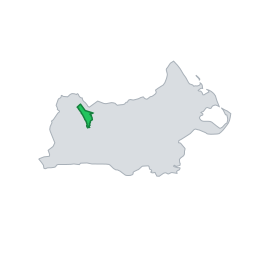 Murgap, Mary, Turkmenistan shown in context, rotated 144°
{"feature_id": "10190150B75003432350729", "entity_name": "Murgap", "entity_type": "district", "adm_level": 2, "iso_a3": "TKM", "parent_name": "Turkmenistan", "parent_adm1": "Mary", "projection": "equal_earth", "projection_center": [61.783, 36.895], "detail": "fine", "context": "in_parent", "style": "filled", "palette": "green", "viewbox_px": 256, "rotation_deg": 144, "n_neighbors": 0, "source": "geoboundaries", "source_scale": "gbopen_adm2", "svg_char_len": 4599}
<svg xmlns="http://www.w3.org/2000/svg" viewBox="0 0 256 256"><g transform="rotate(144 128 128)"><path d="M80.9,86.9L91.2,87.5L94.3,87.9L95.7,86.5L95.6,86.1L95.1,85.8L94.4,84.8L93.9,77.9L94.8,76.9L95.8,76.2L97.4,74.1L98.2,73.4L99.4,72.9L103.3,72.8L104.9,72.3L106.4,69.9L106.7,68.5L107.8,67.3L108.4,67.4L111.0,68.3L111.6,68.8L112.4,70.6L113.4,70.5L113.6,70.2L113.5,69.8L112.7,68.7L111.1,66.7L109.5,65.4L109.4,65.0L110.8,64.0L113.5,64.4L114.3,64.1L115.0,62.5L118.6,66.1L119.3,66.5L122.2,67.0L122.7,67.4L123.7,69.5L124.7,70.1L125.9,70.5L131.1,70.6L132.8,72.0L133.0,72.3L132.7,73.3L132.6,75.2L132.2,76.0L132.4,76.3L134.3,77.1L135.4,78.3L135.5,78.8L135.1,79.2L134.3,79.0L133.9,79.6L133.8,80.6L134.5,81.5L134.6,82.3L133.7,84.3L133.7,85.2L134.0,85.6L138.7,88.6L139.4,88.7L144.0,88.2L144.8,88.5L148.8,89.2L149.9,89.1L150.7,88.1L151.4,87.7L152.1,87.7L154.0,88.3L156.0,89.6L157.4,90.8L158.0,91.9L159.8,97.8L161.1,100.2L162.5,101.4L163.5,103.7L164.4,108.8L164.9,109.8L167.1,111.8L178.3,120.1L181.7,123.8L187.0,127.4L188.9,127.0L193.0,130.8L195.6,132.2L199.0,134.5L206.2,139.7L207.7,139.9L209.4,139.2L210.9,139.6L213.5,141.0L216.4,143.0L218.9,143.7L219.6,144.6L219.6,145.0L218.3,147.6L218.2,150.8L218.4,155.2L217.8,155.3L212.9,154.0L208.4,151.4L207.3,152.2L206.8,153.1L205.7,156.9L199.5,157.1L195.9,159.0L192.8,171.3L192.1,172.9L190.1,174.9L186.5,176.9L186.0,177.7L185.9,178.4L185.5,178.6L183.5,178.6L176.0,181.3L174.4,181.3L173.8,181.6L173.5,182.0L174.3,184.5L173.6,185.2L173.2,186.5L172.8,188.6L167.9,192.0L166.9,192.4L164.9,192.1L163.9,192.4L162.8,193.5L162.3,193.2L162.1,192.1L161.6,191.4L158.5,188.7L155.0,189.1L153.6,188.9L152.6,188.4L151.0,186.9L150.0,185.4L148.9,185.6L148.5,184.9L148.5,184.0L148.8,183.1L148.7,181.2L148.1,179.8L147.4,179.3L148.2,177.1L148.2,175.5L147.7,173.7L147.5,171.2L147.7,168.8L147.0,167.6L136.7,167.6L133.0,161.9L131.5,160.6L126.4,158.2L125.0,156.9L123.9,155.5L123.6,153.5L123.0,152.4L122.2,152.2L118.3,149.9L116.7,149.4L114.5,149.9L113.2,149.3L111.6,150.1L111.0,150.2L109.4,149.7L107.4,147.6L105.7,146.8L102.2,145.5L99.7,145.1L97.5,144.3L97.3,144.0L97.2,142.3L96.9,141.6L96.3,140.7L95.5,140.1L91.7,140.2L90.0,139.5L88.6,139.4L85.6,139.5L84.6,140.0L84.0,140.5L83.6,142.2L83.3,142.5L80.4,142.5L74.2,142.1L71.5,143.0L67.5,145.6L65.1,147.7L64.4,148.7L62.9,152.5L62.3,153.1L61.5,153.5L60.7,153.6L56.9,155.1L55.5,155.5L51.8,155.3L51.1,149.6L51.0,145.1L51.6,138.9L51.6,134.9L52.4,128.9L52.2,127.4L50.4,124.8L50.2,123.0L49.1,122.8L47.3,121.3L45.5,120.7L44.6,120.7L43.7,121.1L43.1,122.0L42.7,120.6L42.8,119.1L44.4,116.1L45.2,117.0L46.3,117.3L49.1,117.2L48.9,116.1L47.5,115.1L47.3,113.7L47.4,112.3L47.9,110.9L47.4,110.4L46.8,110.1L45.3,110.1L41.4,109.6L40.9,111.2L41.9,113.3L40.2,110.9L39.1,108.5L38.4,105.6L38.4,102.6L40.1,97.7L41.6,91.7L43.0,94.3L44.0,95.4L46.4,96.1L47.6,95.9L48.9,95.2L50.1,95.5L51.9,98.1L53.3,98.3L56.2,97.4L57.5,97.1L58.7,97.6L59.9,97.6L59.4,96.4L59.2,95.2L60.0,94.6L62.2,95.2L64.0,94.5L64.3,94.2L64.5,93.2L64.4,91.2L64.0,90.3L63.0,89.1L59.1,86.2L57.8,85.1L56.8,83.6L55.2,77.7L54.0,74.0L53.4,73.5L51.2,73.2L46.8,74.1L45.2,73.9L44.5,74.3L42.6,75.9L41.7,77.3L40.4,80.4L41.3,81.4L40.4,86.6L40.7,88.8L40.5,89.0L39.3,86.2L37.7,83.4L36.4,79.2L39.1,76.5L41.4,74.5L43.9,73.0L46.4,72.1L52.0,70.5L55.2,70.0L57.6,69.9L59.5,70.8L64.6,74.2L66.8,76.1L67.4,76.9L68.0,78.7L71.6,84.6L72.5,85.5L73.9,87.4L75.3,87.9L80.9,86.9ZM42.2,130.0L42.0,130.8L41.4,128.3L41.1,125.7L41.6,124.9L42.1,124.9L41.6,125.9L42.2,130.0Z" fill="#d9dde1" stroke="#a8b0b8" stroke-width="1"/><path d="M148.0,161.4L150.1,164.2L152.4,167.3L152.4,168.7L152.4,172.3L152.4,173.7L152.4,175.1L152.9,175.2L153.3,175.2L154.5,175.0L155.1,174.9L155.5,174.9L156.4,174.8L156.8,174.7L156.6,172.5L156.6,172.4L156.8,172.3L156.8,170.1L156.7,167.9L157.1,167.4L157.0,166.6L157.0,166.4L157.0,165.0L157.3,163.5L157.5,161.8L157.9,160.3L157.9,160.2L158.0,157.9L158.9,155.3L159.1,154.9L159.3,154.4L159.9,154.3L160.1,154.0L160.3,153.4L160.5,153.2L160.5,152.9L160.4,152.8L160.4,152.7L160.2,152.5L160.1,152.4L160.0,152.1L160.2,151.8L159.7,151.7L159.5,151.9L159.3,151.8L159.2,151.8L159.2,151.6L159.0,151.4L158.8,151.1L158.7,151.1L158.6,151.9L158.6,152.0L158.4,152.2L158.4,152.6L157.3,152.7L157.1,152.7L157.1,152.9L157.2,153.0L156.9,153.4L156.7,154.1L156.4,154.3L155.8,154.3L155.3,154.5L155.2,154.9L155.1,155.1L153.9,155.8L152.4,155.7L152.0,155.7L151.1,157.4L150.9,157.8L150.9,158.2L150.8,158.9L150.7,158.9L150.4,159.6L150.5,159.6L150.6,159.8L150.6,160.0L150.6,161.5L150.4,161.5L150.2,161.4L150.1,161.5L149.8,161.7L149.2,161.2L148.3,160.8L148.1,160.7L147.6,160.7L148.0,161.4Z" fill="#22c55e" stroke="#15803d" stroke-width="1.5"/></g></svg>